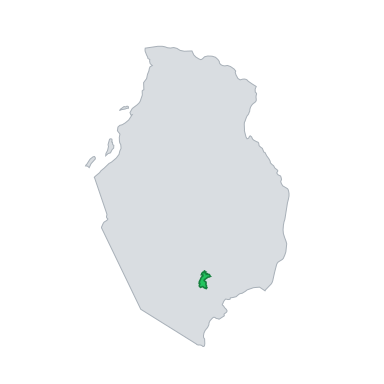 Mbogwe, Shinyanga, United Republic of Tanzania (highlighted), rotated 212°
{"feature_id": "72390352B61326482335333", "entity_name": "Mbogwe", "entity_type": "district", "adm_level": 2, "iso_a3": "TZA", "parent_name": "United Republic of Tanzania", "parent_adm1": "Shinyanga", "projection": "robinson", "projection_center": [32.171, -3.47], "detail": "fine", "context": "in_parent", "style": "filled", "palette": "green", "viewbox_px": 384, "rotation_deg": 212, "n_neighbors": 0, "source": "geoboundaries", "source_scale": "gbopen_adm2", "svg_char_len": 6498}
<svg xmlns="http://www.w3.org/2000/svg" viewBox="0 0 384 384"><g transform="rotate(212 192 192)"><path d="M151.1,264.2L147.7,262.2L144.6,261.0L142.1,259.6L141.0,258.3L138.6,257.7L136.6,257.5L134.7,256.3L130.8,255.8L130.3,255.0L130.3,253.2L129.6,252.7L128.2,252.2L126.6,252.3L125.7,252.5L125.2,252.4L123.9,251.3L122.7,250.0L122.3,247.8L120.5,246.4L118.4,245.3L112.7,245.4L111.8,245.0L110.5,243.9L108.9,242.1L107.6,240.0L106.5,237.2L105.3,233.4L98.8,218.1L98.1,215.3L96.8,212.1L94.7,208.1L92.5,205.2L89.5,202.6L86.1,200.0L84.2,198.2L80.7,191.0L79.9,187.7L79.4,184.2L79.6,182.8L81.8,178.3L82.0,177.0L81.8,175.3L80.7,171.8L79.3,167.4L76.5,159.5L76.1,157.5L76.1,156.0L77.8,148.0L77.7,146.9L84.3,147.1L89.1,143.5L93.3,138.3L94.1,136.1L95.8,132.7L97.5,131.1L98.1,129.9L99.1,126.6L101.3,124.3L103.4,122.5L102.9,121.3L103.3,120.8L104.4,119.9L106.7,119.1L107.1,117.4L107.1,115.4L106.8,114.3L106.8,113.0L106.5,112.3L105.0,112.1L102.8,111.1L100.9,110.7L99.7,110.1L99.2,109.7L99.0,108.5L100.1,105.4L99.0,104.1L101.3,99.1L101.7,98.4L102.6,98.4L103.9,97.8L105.1,97.6L106.1,97.8L106.8,97.5L107.5,97.0L108.0,95.2L108.5,92.4L108.2,90.0L107.3,88.2L107.0,85.4L107.5,81.7L107.1,78.6L106.1,76.2L105.0,74.7L103.4,74.0L100.8,70.2L100.0,68.4L100.1,67.3L101.0,66.8L102.7,67.0L104.2,66.5L105.7,65.5L107.1,65.2L107.8,65.4L173.3,65.4L249.8,113.7L250.1,114.3L250.7,118.4L250.6,119.9L249.4,122.3L249.0,123.5L249.0,124.4L249.3,124.7L250.3,124.8L251.2,125.4L251.5,125.9L252.1,127.7L253.0,128.6L282.0,152.3L282.7,152.7L282.2,154.6L280.6,159.5L280.5,161.5L279.8,163.8L279.2,165.4L277.5,172.2L276.1,174.7L274.2,180.7L273.8,185.2L274.9,188.4L275.3,191.4L277.5,194.4L279.3,195.4L280.5,196.7L282.6,199.8L283.8,202.9L287.7,204.4L289.2,207.8L288.6,210.2L286.8,212.1L285.2,215.3L283.8,219.5L283.7,225.9L284.6,224.9L286.7,226.5L286.9,231.2L284.8,236.6L284.1,239.2L284.0,241.4L285.5,247.9L287.8,251.3L287.6,252.3L287.0,253.2L291.0,259.1L290.6,264.2L292.1,268.2L292.7,271.7L293.7,274.4L293.9,276.2L292.6,278.2L295.5,278.7L297.2,280.4L298.0,282.0L300.1,281.9L301.2,283.0L302.8,283.9L306.4,286.6L307.3,287.9L307.9,289.2L298.0,297.6L294.4,299.8L291.8,300.8L289.1,301.4L286.5,302.7L284.1,304.8L280.9,305.8L277.1,305.8L273.1,307.3L266.8,311.6L263.1,309.2L260.3,308.5L256.9,308.5L254.9,308.8L254.2,309.4L253.6,310.8L253.0,313.3L250.8,315.6L247.0,317.8L243.5,318.7L240.3,318.1L238.1,317.2L237.0,315.9L235.3,315.3L233.1,315.4L231.0,316.3L229.0,318.1L225.8,318.8L221.4,318.6L219.0,317.7L218.7,316.3L216.7,314.6L213.2,312.6L210.6,312.6L208.9,314.5L207.4,315.6L206.0,316.1L204.7,316.2L202.9,315.7L198.0,315.5L193.4,315.5L193.0,312.8L192.0,311.2L191.2,310.2L189.6,309.9L189.1,309.2L188.6,307.5L187.8,306.1L186.8,304.9L186.1,303.8L185.9,302.8L186.1,301.6L187.1,298.9L187.4,297.0L187.3,295.0L186.8,293.0L185.7,290.6L185.8,289.9L185.4,288.3L185.4,287.2L185.6,285.8L185.4,283.9L184.5,279.9L184.5,278.9L183.5,277.0L180.4,272.5L180.2,271.9L175.4,267.3L173.5,266.3L172.8,267.1L172.5,267.9L172.7,269.4L172.6,270.1L172.4,270.5L171.3,270.4L170.5,270.2L168.7,269.0L167.3,268.7L163.7,268.9L162.5,269.2L161.5,268.9L159.6,266.8L157.4,266.4L155.5,266.3L152.2,263.9L151.1,264.2ZM288.3,187.7L289.8,192.8L289.6,193.7L288.5,194.3L287.9,194.3L287.2,193.5L286.7,191.8L285.9,192.2L284.4,190.2L283.0,190.1L281.7,187.7L282.2,185.6L281.9,182.0L283.5,180.1L284.4,177.0L285.4,179.1L285.6,182.4L286.9,186.3L288.3,187.7ZM296.1,157.7L296.2,158.9L295.9,160.0L295.9,163.6L295.8,166.0L294.6,169.3L293.6,170.4L292.7,170.1L292.0,169.6L291.5,168.7L292.6,162.6L292.1,158.2L294.3,158.6L296.1,157.7ZM292.6,230.4L291.4,230.7L291.0,230.4L290.3,229.4L291.5,228.5L292.7,226.9L295.4,224.5L296.7,222.6L296.5,224.5L294.9,228.5L293.6,228.8L292.6,230.4Z" fill="#d9dde1" stroke="#a8b0b8" stroke-width="1"/><path d="M132.0,130.2L132.0,130.3L132.3,130.4L132.3,130.5L132.5,130.6L132.8,130.8L133.0,130.9L133.2,131.0L133.3,131.1L133.5,131.1L133.8,131.2L134.0,131.1L134.2,130.9L134.4,130.9L134.5,130.9L134.8,130.6L135.0,130.4L135.2,130.2L135.3,130.2L135.3,130.3L135.5,130.5L135.6,130.8L135.8,130.9L136.0,130.8L136.1,130.7L136.2,130.4L136.3,130.2L136.5,130.0L136.5,129.9L136.6,130.0L136.8,130.0L137.0,130.2L137.0,130.3L137.2,130.5L137.3,130.5L137.5,130.6L137.7,130.8L137.8,130.8L137.8,131.0L137.9,130.9L137.9,131.0L138.0,130.9L138.0,131.0L138.0,130.9L138.0,131.0L138.3,131.1L138.4,131.3L138.5,131.3L138.8,131.5L139.0,131.6L139.4,131.8L139.5,131.8L139.6,131.6L139.6,131.3L139.7,131.2L139.7,130.6L139.7,130.2L139.7,129.9L139.7,129.6L140.1,129.6L140.3,129.6L140.3,129.4L140.4,129.0L140.5,128.7L140.6,128.2L140.5,127.9L140.4,127.7L140.3,127.3L140.3,127.1L140.2,126.8L140.2,126.7L139.9,126.8L139.7,127.0L139.2,127.3L138.7,127.4L138.5,127.2L138.5,126.7L138.3,126.4L138.2,126.2L138.3,126.0L138.4,125.8L138.5,125.7L138.7,125.3L138.8,125.1L138.8,124.9L138.8,124.7L138.8,124.3L138.8,124.1L138.8,123.7L138.7,123.4L138.7,123.0L138.6,122.8L138.5,122.6L138.4,122.4L138.4,121.9L138.4,121.7L138.5,121.6L138.5,121.4L138.4,121.1L138.4,120.9L138.3,120.6L138.3,120.4L138.4,120.1L137.9,119.7L137.9,119.4L137.7,119.0L137.7,118.8L137.8,118.5L137.7,118.4L137.5,118.2L137.2,118.2L136.9,118.1L136.6,118.3L136.5,118.2L136.5,117.8L136.4,116.8L136.3,116.6L136.2,116.5L136.0,116.2L135.9,116.2L135.7,116.1L135.4,116.0L135.4,115.9L135.2,115.9L134.9,115.8L134.8,115.7L134.7,115.7L134.3,115.6L134.2,115.6L134.1,115.9L133.9,116.0L133.8,116.3L133.6,116.5L133.5,116.8L133.3,117.0L133.2,117.2L133.1,117.3L132.9,117.4L132.7,117.5L132.4,117.5L132.3,117.4L132.2,117.3L131.9,117.3L131.7,117.4L131.4,117.3L131.2,117.3L131.0,117.2L130.9,117.2L130.8,117.3L130.7,117.3L130.4,117.5L130.2,117.4L130.1,117.5L129.9,117.5L129.7,117.4L129.6,117.5L129.4,117.5L129.2,117.5L128.9,117.6L128.7,117.6L128.6,117.8L128.6,118.0L128.7,118.4L128.7,118.5L128.7,118.8L128.8,118.9L128.8,119.0L129.4,119.0L129.5,119.0L129.6,119.4L129.7,119.5L129.8,119.7L129.9,119.8L130.0,119.9L130.0,120.1L130.2,120.4L130.4,120.5L130.5,120.6L130.9,120.6L131.1,120.7L131.2,120.9L131.6,121.3L131.6,121.5L131.6,121.9L131.7,122.0L131.8,122.4L132.0,122.5L132.3,122.5L132.5,123.1L133.3,123.2L133.5,123.1L133.8,123.0L134.0,123.0L134.3,123.1L134.7,123.2L134.7,123.5L134.7,123.8L134.7,124.1L134.8,124.1L135.1,124.4L134.7,125.0L134.4,125.3L134.4,125.5L134.3,125.9L134.2,126.2L134.0,126.5L134.0,126.8L133.8,127.0L133.8,127.3L133.8,127.2L133.7,127.4L133.6,127.5L133.6,127.8L133.6,128.0L133.4,128.2L133.2,128.3L133.1,128.5L132.9,128.6L132.5,129.0L132.4,129.1L132.2,129.2L132.0,129.4L132.0,129.5L132.1,129.8L132.1,130.0L131.9,130.2L132.0,130.2Z" fill="#22c55e" stroke="#15803d" stroke-width="1.5"/></g></svg>